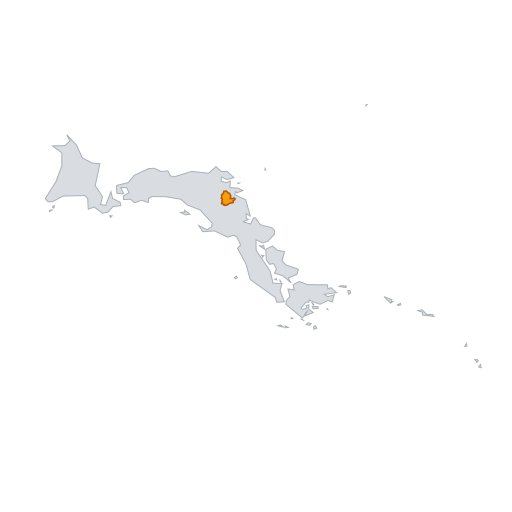 where Yamanashi sits in Japan, rotated 255°
{"feature_id": "JPN-1861", "entity_name": "Yamanashi", "entity_type": "Prefecture", "adm_level": 1, "iso_a3": "JPN", "parent_name": "Japan", "parent_adm1": "", "projection": "robinson", "projection_center": [138.508, 35.557], "detail": "fine", "context": "in_parent", "style": "filled", "palette": "amber", "viewbox_px": 512, "rotation_deg": 255, "n_neighbors": 0, "source": "natural_earth", "source_scale": "10m", "svg_char_len": 5121}
<svg xmlns="http://www.w3.org/2000/svg" viewBox="0 0 512 512"><g transform="rotate(255 256 256)"><path d="M352.7,137.8L360.2,139.6L360.0,151.6L365.4,159.3L368.2,174.6L367.2,180.2L362.1,186.4L361.0,192.8L355.7,194.0L353.6,197.3L354.4,215.7L348.2,231.5L352.7,240.5L346.6,244.3L345.1,250.1L337.5,254.9L337.2,248.1L341.2,243.0L337.3,241.7L334.6,246.1L335.0,250.7L328.7,248.4L326.3,256.2L322.6,260.2L322.0,253.8L323.5,252.9L320.8,251.2L312.9,260.6L296.1,260.8L299.3,257.4L294.7,256.3L293.3,258.1L292.3,252.5L288.3,259.1L293.4,263.5L293.0,265.4L285.2,268.1L278.9,279.0L275.6,280.4L272.0,279.2L267.2,271.1L266.9,266.1L271.6,260.2L261.6,257.6L237.7,265.8L225.3,265.4L222.7,274.1L216.7,270.3L204.4,271.6L205.9,264.2L211.1,263.8L234.8,244.3L250.5,244.3L268.3,240.1L270.5,244.0L279.1,242.6L281.9,239.7L281.6,233.5L291.0,222.4L293.2,211.0L300.2,208.5L294.0,215.7L295.7,220.7L299.1,222.2L314.9,213.9L323.2,202.8L330.2,198.2L336.6,184.3L340.3,171.1L339.3,167.0L335.6,165.8L339.5,159.8L338.8,152.5L343.3,149.5L344.8,142.7L348.3,143.3L350.1,149.7L355.4,148.8L357.2,143.1L350.8,144.3L350.8,142.3L352.7,137.8ZM393.2,91.7L405.9,95.1L415.0,88.0L412.1,99.8L415.2,106.1L422.1,104.6L409.3,111.4L395.8,113.6L388.2,121.7L385.6,129.1L365.6,118.9L353.2,123.1L345.9,119.2L343.8,123.9L355.7,132.5L348.6,132.4L343.1,138.7L339.7,138.4L340.7,130.6L336.7,124.2L337.0,118.8L345.2,112.3L344.6,106.1L355.2,108.3L358.6,106.5L363.8,85.3L361.1,73.4L362.2,69.2L366.0,67.3L379.6,82.0L393.2,91.7ZM208.1,278.3L215.9,278.3L213.4,284.2L218.8,284.5L220.2,291.2L214.9,298.6L209.7,317.5L205.7,317.0L206.0,320.2L199.7,324.5L201.3,312.2L198.0,314.7L198.3,321.6L191.8,317.5L194.5,314.0L192.8,305.3L199.7,295.9L197.6,295.2L198.4,292.1L193.9,285.9L192.2,287.2L192.8,291.7L195.1,291.7L195.2,294.4L191.0,293.2L186.6,296.7L185.5,288.0L190.1,291.7L184.1,284.8L201.4,272.5L204.9,273.5L208.1,278.3ZM249.7,265.0L260.0,267.2L261.4,274.4L255.9,278.2L252.9,284.7L244.8,279.9L239.6,282.6L232.2,293.5L227.6,290.6L226.5,281.4L220.8,283.0L230.1,276.7L234.6,269.5L238.4,272.4L244.2,270.9L244.5,266.9L249.7,265.0ZM161.1,402.4L155.0,406.1L153.9,411.3L151.6,412.3L155.8,401.6L158.7,402.1L161.2,398.3L161.1,402.4ZM318.7,198.8L313.5,203.0L313.9,198.6L317.6,194.4L316.9,198.6L318.7,198.8ZM183.6,369.1L178.6,376.0L175.6,373.9L183.6,369.1ZM191.2,302.8L189.3,302.6L190.2,297.6L192.6,297.3L191.2,302.8ZM264.4,266.1L260.4,266.0L265.5,261.5L264.0,264.1L264.4,266.1ZM198.4,337.9L195.7,337.9L194.9,335.7L198.8,335.7L198.4,337.9ZM183.2,261.6L180.0,264.6L182.9,259.0L183.2,261.6ZM203.6,335.5L202.2,334.7L205.3,327.8L205.1,331.1L203.6,335.5ZM170.2,292.9L172.8,293.3L173.5,295.3L170.5,296.1L170.2,292.9ZM181.0,266.1L178.7,268.6L179.2,265.5L181.0,266.1ZM93.1,444.7L89.9,444.6L89.9,444.0L91.3,442.3L93.1,444.7ZM241.7,231.9L239.8,232.4L239.3,230.4L240.7,229.5L241.7,231.9ZM176.4,291.9L175.2,289.9L177.0,286.7L178.0,289.2L176.4,291.9ZM99.4,440.5L98.4,443.3L96.9,443.5L96.1,441.9L99.4,440.5ZM172.8,383.3L171.3,383.2L171.5,380.1L172.2,379.9L172.8,383.3ZM357.0,74.1L354.9,73.5L354.7,72.6L356.4,72.1L357.0,74.1ZM197.0,297.7L194.4,299.4L193.6,298.7L197.0,297.7ZM332.0,127.4L330.9,125.6L332.7,125.0L332.0,127.4ZM223.6,273.5L225.2,272.8L227.2,272.8L223.6,273.5ZM353.6,68.3L353.3,71.5L352.4,68.1L353.6,68.3ZM183.0,284.0L180.9,285.9L184.0,282.6L183.0,284.0ZM117.1,436.4L114.4,436.6L114.7,434.2L115.5,435.4L117.1,436.4ZM187.3,274.3L185.8,275.9L186.4,273.7L187.3,274.3ZM255.4,261.7L254.3,263.7L253.3,261.9L255.4,261.7ZM176.9,375.2L176.5,376.5L176.0,374.9L176.9,375.2ZM331.3,257.4L330.8,258.9L330.5,257.4L331.3,257.4ZM186.6,311.5L185.3,311.9L186.5,310.7L186.6,311.5ZM228.7,268.1L228.8,269.9L227.5,269.7L228.7,268.1ZM338.1,287.4L336.6,287.7L336.7,286.8L338.1,287.4ZM373.5,401.3L373.6,403.0L372.6,401.1L373.5,401.3Z" fill="#d9dde1" stroke="#a8b0b8" stroke-width="1"/><path d="M315.5,236.3L316.0,236.4L316.5,236.7L316.6,236.8L316.7,237.0L316.7,237.4L316.8,237.5L317.0,237.6L317.8,237.4L318.0,237.4L318.4,237.4L318.6,237.4L318.8,237.5L319.0,237.7L319.1,237.9L319.2,238.1L319.4,238.2L319.5,238.2L320.0,238.1L320.7,237.4L322.0,238.1L322.4,238.3L323.0,238.5L323.8,238.5L324.2,238.8L324.5,239.8L324.7,240.1L324.8,240.3L325.5,241.0L326.8,241.7L326.6,242.1L326.7,242.7L326.7,243.0L326.5,243.8L326.4,244.0L326.2,244.4L324.8,245.1L324.5,245.2L324.3,245.4L324.0,245.6L323.6,246.2L323.5,246.6L322.4,246.9L320.5,247.1L320.1,247.0L319.9,246.9L319.7,246.7L319.2,246.5L318.9,246.4L318.4,245.9L318.2,245.9L318.1,246.1L318.0,246.3L317.9,246.6L317.8,247.5L317.6,248.1L317.6,248.8L317.7,249.3L317.7,249.5L317.7,249.8L317.6,250.0L317.4,250.3L317.1,250.5L316.9,250.6L316.7,250.6L316.3,250.4L316.0,250.1L315.8,250.0L315.7,249.7L315.4,248.4L315.2,248.2L314.6,248.0L314.3,248.0L314.0,248.1L313.8,248.1L313.6,248.0L313.6,247.8L313.6,247.6L313.6,247.4L313.5,247.2L313.5,246.8L313.6,246.4L313.7,246.1L313.6,245.6L313.7,245.1L313.7,244.9L313.7,244.2L313.6,243.8L313.4,243.2L313.3,242.7L313.0,242.2L312.8,241.8L312.7,241.4L312.6,240.9L312.7,240.7L313.1,240.3L313.1,240.1L313.1,239.9L312.9,239.7L312.8,239.4L313.3,238.2L313.5,238.1L314.0,238.3L314.3,238.2L315.2,236.7L315.3,236.4L315.5,236.3Z" fill="#f59e0b" stroke="#b45309" stroke-width="1.5"/></g></svg>